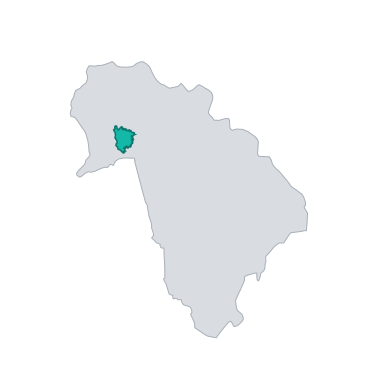 location of Bougouriba, Bougouriba, Burkina Faso, rotated 76°
{"feature_id": "67063806B9563364372336", "entity_name": "Bougouriba", "entity_type": "district", "adm_level": 2, "iso_a3": "BFA", "parent_name": "Burkina Faso", "parent_adm1": "Bougouriba", "projection": "albers", "projection_center": [-3.423, 10.888], "detail": "fine", "context": "in_parent", "style": "filled", "palette": "teal", "viewbox_px": 384, "rotation_deg": 76, "n_neighbors": 0, "source": "geoboundaries", "source_scale": "gbopen_adm2", "svg_char_len": 7742}
<svg xmlns="http://www.w3.org/2000/svg" viewBox="0 0 384 384"><g transform="rotate(76 192 192)"><path d="M284.5,238.9L274.9,239.4L271.4,240.5L269.3,240.5L269.2,239.6L268.9,239.1L256.8,236.3L248.3,234.7L239.6,232.8L239.2,234.6L237.9,235.8L236.1,235.9L234.8,235.6L233.9,237.1L232.5,238.9L230.5,239.9L228.6,241.0L227.5,242.0L226.7,242.1L224.7,239.7L222.1,239.5L217.2,239.9L215.0,239.3L212.0,239.0L204.9,239.6L193.5,238.7L191.7,239.2L191.2,239.6L180.0,239.8L167.6,240.0L157.3,240.1L148.2,240.2L148.2,239.8L145.3,239.8L145.0,240.6L142.4,250.1L142.2,255.2L143.5,258.4L145.1,260.4L146.8,261.3L147.0,262.4L145.6,263.9L145.7,265.5L147.3,267.0L147.7,268.7L146.9,270.4L147.1,274.6L148.4,281.1L148.4,285.4L147.3,287.4L147.8,290.7L150.1,295.4L150.4,297.4L149.7,298.3L147.8,299.6L145.9,299.5L143.7,296.7L142.8,295.4L141.0,292.5L139.5,289.6L137.4,288.3L135.4,287.2L133.0,283.5L130.7,281.7L128.2,282.2L124.6,281.5L117.3,280.6L109.4,280.9L106.2,281.7L103.0,283.1L94.8,286.0L91.6,287.5L89.1,291.2L86.3,291.1L83.6,289.9L81.8,288.2L78.1,288.5L74.5,286.9L71.1,283.7L68.5,282.6L65.3,280.2L64.4,275.8L62.3,272.7L60.5,268.4L57.7,266.4L54.4,265.4L49.9,265.6L47.0,263.8L44.7,261.3L45.3,259.1L46.4,256.0L46.5,253.0L47.3,248.2L46.9,242.1L46.1,237.9L48.6,236.1L51.4,234.6L53.2,231.7L55.1,225.3L55.9,219.7L55.4,217.6L54.4,216.0L53.7,213.6L53.3,210.6L53.8,208.1L56.0,205.7L58.7,203.8L60.6,202.8L65.7,201.9L72.1,200.4L75.8,198.8L78.4,197.1L79.9,195.8L81.5,193.1L83.9,191.0L85.8,188.9L86.1,183.0L86.1,179.6L84.7,177.7L84.0,176.1L93.4,171.6L93.5,168.3L92.2,164.7L90.3,161.7L89.6,159.2L92.2,156.2L94.6,154.0L96.2,152.1L99.9,149.2L103.8,148.5L107.3,149.6L117.5,156.4L119.3,156.8L121.4,156.3L124.2,154.5L127.7,153.1L129.0,148.5L128.8,141.8L129.6,138.8L131.5,138.2L137.4,139.5L138.9,139.6L140.6,139.1L141.9,138.0L141.8,135.8L141.6,133.9L143.5,127.7L147.0,123.0L154.0,117.1L156.2,116.0L158.8,115.4L171.5,119.3L173.6,118.3L176.6,108.4L180.1,107.4L184.2,107.2L186.9,106.3L188.3,105.6L194.3,101.8L204.9,96.6L210.6,94.4L211.7,93.5L215.8,89.9L221.1,85.6L224.6,84.8L229.4,84.4L232.4,85.1L233.2,86.3L234.2,86.9L240.4,85.0L249.4,87.7L257.2,90.4L256.7,92.2L256.7,95.3L256.1,100.3L255.4,106.2L258.6,109.9L262.5,114.0L263.6,115.6L262.6,119.7L263.3,122.0L265.4,126.0L268.9,130.9L272.5,136.1L275.0,136.7L277.4,137.1L278.8,138.0L280.9,138.9L282.9,139.4L284.8,140.5L285.9,141.6L287.5,144.8L291.5,146.8L294.3,148.9L293.2,150.0L289.7,149.6L286.4,148.7L286.0,150.3L286.0,156.1L286.6,161.0L287.3,161.6L290.6,162.5L298.6,168.7L305.8,174.6L308.2,176.1L312.2,176.6L316.6,176.8L318.4,176.2L322.7,173.1L324.9,172.7L327.0,172.8L328.2,173.2L330.3,175.7L332.3,179.4L332.9,182.1L332.7,183.6L332.1,184.1L328.6,184.9L327.1,185.5L326.7,186.3L327.3,188.1L328.0,189.3L331.9,194.6L337.6,201.8L339.3,203.6L338.4,205.8L335.7,211.5L333.6,213.9L324.4,222.1L319.8,221.2L310.3,223.0L308.8,221.2L306.6,220.9L303.8,221.3L302.8,222.0L302.5,222.8L301.5,223.9L299.8,227.1L298.5,228.0L296.8,228.5L294.7,228.5L293.5,228.9L293.5,230.5L293.1,231.8L291.7,232.5L291.1,234.1L291.3,235.6L290.4,236.3L288.6,235.9L287.6,235.5L286.6,237.5L285.3,238.9L284.5,238.9Z" fill="#d9dde1" stroke="#a8b0b8" stroke-width="1"/><path d="M122.4,233.5L122.1,233.9L121.9,234.0L121.4,234.0L120.9,233.6L120.6,233.7L120.3,234.0L120.4,234.3L120.4,234.5L120.2,234.7L120.2,234.8L120.0,235.0L119.8,235.5L119.4,235.7L118.6,236.6L118.5,237.2L118.5,237.3L118.4,237.3L118.3,236.9L118.1,236.6L118.3,236.6L118.3,236.4L118.1,236.3L117.8,236.5L117.7,236.7L117.5,236.9L117.4,237.1L117.5,237.2L117.7,237.3L117.7,237.5L117.3,237.6L117.1,237.5L116.8,237.7L116.8,237.9L116.5,238.1L116.7,238.4L116.8,238.4L117.0,238.3L117.1,238.1L117.4,238.6L117.4,238.8L117.1,239.0L117.0,239.4L116.7,239.6L116.6,239.8L116.4,239.8L116.3,240.0L116.6,240.3L116.5,240.6L116.4,240.8L116.1,240.6L116.0,241.0L116.0,241.3L115.9,241.4L115.7,241.3L115.3,241.4L115.2,241.3L115.3,241.1L115.0,241.1L114.9,241.0L114.8,241.3L114.8,241.5L114.4,242.1L114.6,242.1L114.6,242.3L114.5,242.5L114.4,242.6L114.2,242.5L114.2,242.8L114.4,243.0L114.6,243.0L114.6,242.8L114.8,242.8L114.7,243.0L114.7,243.3L114.8,243.4L114.7,243.5L114.9,243.9L114.8,244.0L114.6,244.1L114.3,243.8L113.9,243.9L113.9,244.3L113.5,244.1L113.6,243.9L113.3,243.7L113.2,243.8L113.0,244.2L112.9,244.5L112.5,244.2L112.4,244.0L112.2,244.0L112.2,244.3L112.3,244.3L112.3,244.6L112.2,244.6L112.0,244.8L111.7,244.7L111.6,244.8L111.7,245.0L111.8,245.1L112.0,245.2L112.2,245.3L112.2,245.5L112.4,245.7L112.4,245.8L112.5,246.0L112.5,246.4L112.7,246.7L112.8,246.8L113.0,247.0L113.2,247.3L113.3,247.3L113.4,247.5L113.7,248.2L113.7,248.4L113.9,248.6L113.7,248.7L113.5,248.9L113.1,248.9L112.9,248.9L112.7,249.0L112.3,249.2L112.2,249.3L111.7,249.2L110.8,249.3L110.5,249.3L110.1,249.1L109.8,249.3L109.4,250.1L109.4,250.3L109.6,250.7L109.9,251.0L110.3,251.2L110.7,251.3L110.9,251.4L111.5,251.2L111.8,251.2L112.2,251.4L112.4,251.8L112.3,252.2L112.4,252.5L112.7,253.0L113.3,252.8L113.8,252.7L114.0,252.8L114.1,252.7L114.3,252.7L115.1,252.4L115.6,252.1L116.4,252.3L116.8,252.3L117.4,252.4L117.9,252.5L118.3,252.4L118.6,252.5L119.3,252.9L119.8,253.1L120.0,253.2L120.4,253.4L120.6,253.6L120.9,253.6L121.5,253.4L121.8,253.3L121.8,253.2L122.0,253.0L122.5,252.9L122.6,253.0L122.9,252.8L123.1,252.7L123.5,252.6L123.8,252.5L125.3,252.6L125.8,252.5L126.1,252.7L126.5,253.3L126.7,253.5L126.9,253.9L128.1,254.5L128.3,254.5L128.8,254.3L129.1,254.3L129.4,254.0L129.6,254.0L129.8,253.8L129.9,253.7L130.4,253.4L131.1,253.5L131.4,253.4L131.9,253.4L132.3,253.3L132.7,253.3L132.9,252.8L133.5,252.2L133.7,251.7L133.8,251.6L134.0,251.4L134.3,251.2L134.9,251.0L134.9,250.9L135.3,250.6L135.6,250.5L135.6,250.4L135.9,250.3L136.1,250.3L136.3,250.1L136.9,249.6L137.0,249.4L137.4,249.4L137.6,249.3L137.6,249.1L137.5,248.5L137.4,248.4L137.1,248.7L136.7,248.7L136.4,248.8L136.2,248.6L136.2,248.4L136.3,248.0L136.5,247.8L136.7,247.7L136.8,247.6L136.8,247.4L136.7,247.4L136.3,247.3L136.2,247.3L135.9,247.3L135.9,247.1L136.1,246.9L136.1,246.7L135.5,247.1L135.1,247.2L134.9,247.1L134.4,246.9L133.8,246.4L133.7,246.4L133.3,246.6L133.1,246.8L133.1,247.0L133.3,247.3L133.2,247.4L132.8,247.6L132.6,247.5L132.4,247.3L132.4,247.1L132.5,247.1L132.7,246.9L132.4,246.6L132.5,246.2L132.8,246.2L132.9,245.7L133.0,245.5L133.2,245.4L133.0,245.1L132.7,245.2L132.4,245.2L132.5,245.1L132.3,244.9L132.2,244.9L132.1,244.7L131.8,244.4L132.1,244.1L132.1,243.9L132.3,243.7L132.7,243.5L132.8,243.5L133.0,243.5L133.3,243.9L133.4,244.0L133.5,244.0L133.7,243.9L133.9,243.5L133.7,243.2L133.6,242.9L133.4,242.7L133.2,242.6L133.0,242.4L132.7,242.1L132.6,241.9L132.8,241.8L133.0,241.6L133.2,241.4L133.3,241.3L133.3,241.2L133.3,240.9L133.4,240.7L133.2,240.4L133.1,240.5L133.1,240.4L132.9,240.3L132.7,240.3L132.5,240.2L132.4,240.3L132.3,240.2L132.1,240.4L131.6,240.4L131.5,240.1L131.8,239.8L131.8,239.7L131.7,239.7L131.5,239.4L130.9,239.0L130.7,239.0L130.5,238.9L130.5,238.7L130.4,238.7L130.2,238.6L130.1,238.2L130.3,238.0L130.2,237.8L129.9,237.8L129.7,237.9L129.5,238.2L129.4,238.2L129.1,238.0L129.2,237.9L129.1,237.7L129.0,237.4L128.9,237.4L128.9,237.7L128.7,237.8L128.5,237.7L128.5,237.8L128.4,237.8L128.3,237.7L128.2,237.6L128.3,237.6L128.1,237.5L128.2,237.4L127.9,237.4L127.7,237.2L127.6,237.3L127.6,237.2L127.5,237.3L127.4,237.3L127.2,237.3L127.1,237.5L127.0,237.4L126.8,237.5L126.6,237.6L126.7,237.4L126.6,237.1L126.5,236.8L126.8,236.8L126.8,236.7L126.7,236.6L126.1,236.6L125.8,236.5L125.7,236.2L125.8,236.1L125.7,236.1L125.6,236.3L125.5,236.6L125.4,236.7L125.1,236.6L124.8,237.0L124.7,236.9L124.5,236.7L124.4,236.7L124.0,236.9L123.8,236.8L123.8,236.7L123.7,236.7L123.6,236.8L123.6,236.7L123.4,236.9L123.2,236.9L123.3,236.8L123.2,236.8L123.2,236.7L123.1,236.3L122.9,236.1L122.9,235.6L122.7,235.2L122.7,234.6L122.5,234.3L122.3,234.0L122.4,233.8L122.4,233.5Z" fill="#14b8a6" stroke="#0f766e" stroke-width="1.5"/></g></svg>